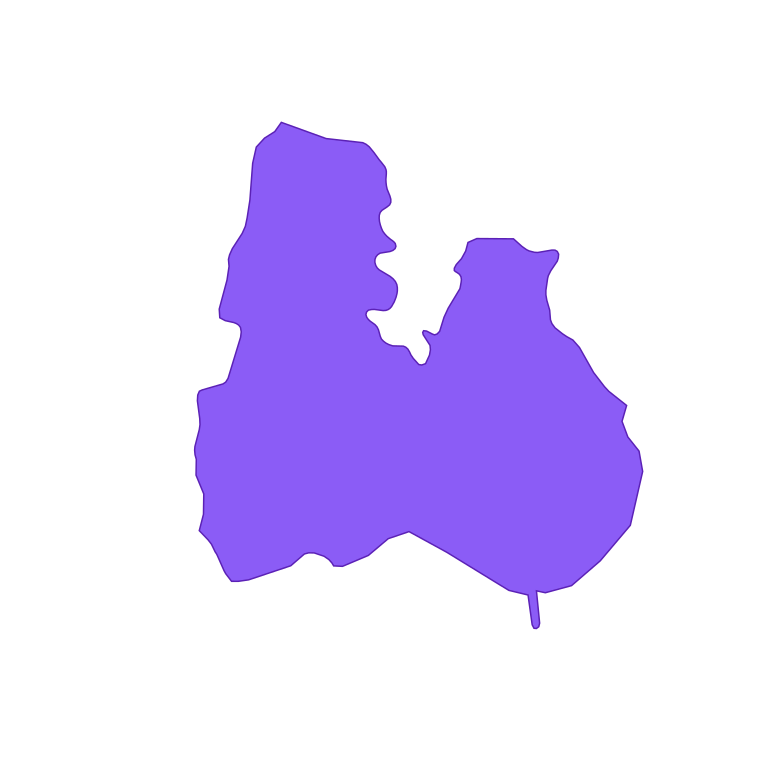 an SVG outline of North Tipperary, rotated 341°
{"feature_id": "IRL-724", "entity_name": "North Tipperary", "entity_type": "County", "adm_level": 1, "iso_a3": "IRL", "parent_name": "Ireland", "parent_adm1": "", "projection": "albers", "projection_center": [-8.01, 52.847], "detail": "fine", "context": "isolated", "style": "filled", "palette": "violet", "viewbox_px": 768, "rotation_deg": 341, "n_neighbors": 0, "source": "natural_earth", "source_scale": "10m", "svg_char_len": 2883}
<svg xmlns="http://www.w3.org/2000/svg" viewBox="0 0 768 768"><g transform="rotate(341 384 384)"><path d="M553.7,288.9L559.2,298.8L562.5,303.4L564.5,305.4L569.2,308.5L572.2,309.7L586.2,312.0L589.3,313.1L591.0,315.1L591.4,318.1L589.8,321.6L587.8,324.3L578.6,331.2L574.6,335.1L573.1,337.4L567.5,348.3L566.1,352.4L565.2,357.9L564.7,368.1L562.3,377.5L562.4,381.5L564.0,386.6L569.1,394.6L572.3,398.8L576.9,403.9L580.7,413.1L585.9,441.4L591.6,458.3L594.2,464.2L606.4,483.3L596.9,496.8L597.3,513.5L603.3,530.5L600.1,550.9L570.9,597.8L530.9,621.6L495.7,635.7L468.6,633.9L460.8,629.2L453.3,660.8L451.3,663.9L448.5,664.8L446.3,663.8L445.7,659.9L451.5,630.4L434.9,619.8L425.3,608.2L388.7,563.7L359.6,531.7L337.7,531.6L313.4,541.0L285.4,542.9L277.2,539.6L276.5,536.3L274.7,532.0L271.2,527.3L263.0,521.0L257.8,519.1L253.4,518.8L236.7,525.5L192.2,525.1L181.8,523.1L175.6,520.9L172.6,511.9L172.0,508.6L170.6,492.2L170.4,490.4L169.7,487.7L168.7,479.3L166.9,474.0L161.6,462.5L170.9,448.4L177.8,429.3L176.6,409.0L182.0,394.1L182.3,389.4L183.4,384.9L184.9,381.5L194.5,367.0L196.8,362.5L198.5,356.8L202.1,339.1L204.3,333.8L207.1,330.7L210.2,330.4L231.8,331.5L234.9,330.7L238.4,327.9L263.7,293.0L266.0,288.2L266.7,283.8L265.8,281.0L264.1,278.8L262.0,277.0L254.5,272.4L250.3,267.9L252.6,259.5L269.4,234.6L275.8,222.3L277.5,215.5L280.1,211.5L284.7,206.6L299.0,195.4L304.3,189.7L308.6,182.5L317.1,166.4L331.7,132.5L340.4,118.4L351.1,112.6L362.9,109.8L372.1,103.2L409.2,133.1L442.5,148.9L445.1,151.5L447.3,155.0L449.9,162.0L452.5,170.5L453.6,173.3L455.5,178.9L455.7,181.9L455.4,183.8L454.6,186.1L452.4,191.2L451.5,194.2L450.8,197.4L450.4,200.9L450.8,208.1L450.6,211.5L449.6,214.4L447.7,216.4L444.8,217.5L438.7,219.1L436.3,220.5L434.5,222.9L433.4,225.7L432.6,229.1L432.3,232.6L432.3,236.0L432.6,239.3L433.6,242.4L434.8,245.2L437.3,249.4L438.7,251.3L439.6,252.8L440.4,254.8L440.1,257.7L438.6,259.6L435.9,260.6L432.8,260.7L422.9,259.0L420.1,259.7L417.8,261.1L416.0,263.3L415.0,265.9L414.8,269.2L415.4,272.1L416.7,274.6L424.8,284.2L426.8,287.4L428.1,290.7L428.5,294.1L428.0,297.2L427.0,300.2L425.8,302.6L423.7,305.8L420.4,309.7L416.3,313.3L414.1,314.5L412.0,315.0L409.7,315.0L407.1,314.3L399.1,310.3L396.4,309.5L393.3,309.1L390.9,310.3L389.5,312.5L389.4,315.3L390.2,317.8L391.4,320.1L394.8,324.9L396.0,327.8L396.4,331.1L396.0,337.6L396.2,340.6L397.4,343.3L399.1,345.9L401.4,348.3L404.7,350.8L414.6,354.5L416.5,356.2L417.9,358.7L418.6,362.0L418.9,365.2L420.0,369.3L423.2,376.9L425.8,378.3L429.9,378.3L436.4,371.5L439.0,366.8L440.1,362.5L437.1,350.2L437.4,347.8L438.8,346.5L441.5,347.8L446.0,352.5L447.8,354.0L450.5,354.0L453.8,352.3L462.5,340.4L469.4,333.2L486.7,318.7L487.6,317.3L490.1,312.8L491.2,310.4L491.7,307.6L491.1,304.9L489.6,302.7L488.1,300.9L487.4,299.6L488.2,297.4L491.2,294.6L498.1,290.7L504.5,284.9L509.5,277.5L519.1,276.7L553.7,288.9Z" fill="#8b5cf6" stroke="#5b21b6" stroke-width="1.5"/></g></svg>